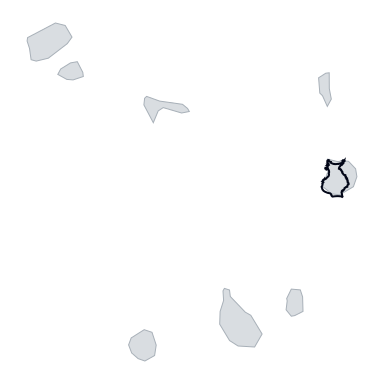 location of Santa Isabel, Boa Vista, Cabo Verde
{"feature_id": "66160863B6342114798882", "entity_name": "Santa Isabel", "entity_type": "district", "adm_level": 2, "iso_a3": "CPV", "parent_name": "Cabo Verde", "parent_adm1": "Boa Vista", "projection": "robinson", "projection_center": [-22.884, 16.099], "detail": "fine", "context": "in_parent", "style": "outline", "palette": "ink", "viewbox_px": 384, "rotation_deg": 0, "n_neighbors": 0, "source": "geoboundaries", "source_scale": "gbopen_adm2", "svg_char_len": 5835}
<svg xmlns="http://www.w3.org/2000/svg" viewBox="0 0 384 384"><path d="M262.1,334.0L254.6,347.0L238.1,346.0L229.6,340.6L219.7,324.2L220.1,311.5L223.6,300.5L223.0,290.9L224.4,288.4L229.5,290.0L230.3,296.5L245.3,312.2L250.8,315.3L262.1,334.0ZM48.3,58.2L36.2,61.1L31.1,59.7L29.5,48.4L27.1,41.0L27.6,37.6L55.4,23.0L65.2,25.5L72.0,37.1L67.3,43.6L48.3,58.2ZM327.6,159.1L338.0,161.7L341.9,160.8L348.5,161.3L355.6,168.8L356.9,176.7L353.4,186.7L339.7,194.8L331.8,193.9L322.5,186.4L327.8,171.7L327.6,159.1ZM154.6,355.5L144.9,361.0L138.1,358.6L131.7,353.0L128.6,344.9L131.2,337.9L144.2,329.7L152.0,332.3L156.2,345.1L154.6,355.5ZM182.5,104.3L187.6,108.5L189.3,111.5L181.6,113.0L163.2,107.6L158.2,110.9L153.3,122.7L143.9,104.9L144.6,98.3L146.6,96.4L159.7,101.1L182.5,104.3ZM294.7,315.6L291.3,316.2L286.1,309.8L287.2,300.9L286.7,298.5L291.3,289.1L300.3,289.9L302.6,296.9L303.0,311.4L294.7,315.6ZM83.3,76.5L73.1,79.9L66.8,79.4L57.8,74.4L60.7,69.0L70.5,62.9L77.3,61.7L82.8,72.4L83.3,76.5ZM331.3,99.1L327.3,106.4L322.5,95.7L319.8,93.1L318.6,77.8L325.8,73.2L329.2,72.8L329.3,88.7L331.3,99.1Z" fill="#d9dde1" stroke="#a8b0b8" stroke-width="1"/><path d="M344.3,161.1L344.4,160.8L344.6,160.8L344.6,160.7L344.4,160.6L344.1,160.8L344.2,160.4L343.8,160.8L343.7,160.8L343.6,160.7L343.7,160.2L343.2,160.2L343.2,160.4L343.1,160.6L343.3,160.8L343.1,160.9L342.8,160.9L342.8,161.1L343.0,161.2L343.0,161.4L343.0,161.5L342.9,161.5L343.0,161.6L342.9,161.7L342.9,162.0L342.7,162.1L342.5,162.3L342.2,162.7L342.0,162.8L341.7,163.0L341.1,163.2L340.6,163.4L340.3,163.3L340.1,163.5L339.3,163.7L339.1,163.7L338.9,163.8L338.6,163.8L338.3,164.0L337.5,163.9L336.1,164.1L335.3,164.1L335.2,164.1L334.9,164.0L334.7,164.1L333.3,163.9L332.7,163.6L332.1,163.4L331.6,163.2L331.3,163.0L331.0,162.8L330.7,162.5L330.7,162.4L330.8,162.0L330.7,162.0L330.7,161.9L330.4,161.8L330.2,161.9L329.9,161.7L329.2,161.1L328.8,161.0L328.7,160.9L328.6,160.7L328.8,160.3L328.7,160.0L328.1,160.1L327.6,160.3L327.4,160.6L327.3,161.4L327.3,161.5L327.5,161.4L327.6,161.5L327.7,162.1L327.6,162.5L327.4,162.8L327.4,163.0L327.5,163.2L327.7,163.4L328.1,163.5L328.4,163.7L328.6,164.1L328.4,164.5L328.2,164.5L327.9,164.7L328.0,164.7L327.9,164.7L328.0,164.8L327.9,164.8L328.0,164.8L327.9,164.8L328.0,164.8L327.9,164.9L327.7,165.1L327.8,165.1L327.9,165.3L328.0,165.4L328.0,165.5L327.9,165.6L327.9,165.9L327.7,166.0L327.6,165.9L327.6,166.2L327.6,166.4L327.6,166.6L327.5,166.9L327.4,167.0L327.2,167.3L326.9,167.2L326.8,167.3L326.7,167.5L327.1,167.5L327.3,167.9L327.5,167.9L327.6,168.0L327.7,167.9L327.8,168.0L327.9,168.4L328.0,168.7L328.1,169.2L328.5,169.7L328.9,170.5L329.1,171.3L329.1,172.0L329.1,172.6L328.7,173.7L328.8,174.0L329.0,174.4L329.0,174.8L328.7,175.9L328.6,176.0L328.4,176.3L328.0,176.7L327.9,176.7L327.1,177.5L326.6,178.0L326.3,178.5L325.7,178.9L325.3,179.1L325.1,179.0L325.0,178.9L324.8,179.0L324.7,178.8L324.6,179.0L324.4,179.2L324.2,179.2L324.0,179.3L323.9,179.4L323.9,179.5L323.7,179.5L323.6,179.8L323.4,179.9L323.4,180.0L323.3,180.3L323.1,180.3L323.1,180.5L322.9,180.6L322.8,180.9L322.7,180.9L322.7,181.0L322.7,181.5L322.8,181.5L322.9,181.8L323.0,182.0L322.9,182.0L323.0,182.1L323.0,182.4L322.9,182.9L322.5,183.1L322.3,183.5L322.3,183.8L322.5,184.3L322.4,184.9L322.1,186.1L321.6,186.8L321.7,187.0L321.8,187.5L322.1,188.0L322.1,188.4L322.2,188.5L322.3,189.1L322.5,189.6L322.9,189.9L323.3,190.6L323.8,191.0L324.9,191.7L327.0,192.6L327.8,192.9L329.0,193.1L330.4,193.5L330.8,193.9L331.1,194.3L331.1,194.6L331.2,194.9L331.3,194.9L331.5,195.0L331.7,195.4L331.7,195.9L332.1,196.2L332.2,196.4L332.7,196.6L333.7,196.4L335.8,196.2L337.8,196.1L339.0,196.2L340.7,196.3L341.1,196.4L341.7,196.7L341.8,196.8L342.2,196.9L342.4,197.0L342.9,197.4L342.7,197.1L342.6,196.8L342.4,196.5L342.2,196.2L342.2,195.3L342.1,195.0L341.9,193.9L341.8,193.2L341.7,192.7L341.5,192.3L341.6,192.0L341.8,191.6L342.0,191.5L341.9,191.0L342.0,190.8L342.3,190.5L342.5,190.4L342.8,190.5L342.8,190.3L343.1,190.0L343.4,190.1L343.6,190.0L343.6,189.9L344.1,189.6L344.4,188.9L344.4,188.3L344.6,188.2L344.8,187.9L345.2,187.6L345.5,187.6L345.8,187.1L346.1,187.1L346.6,186.9L347.3,186.8L347.3,186.4L347.4,186.0L347.3,185.9L347.3,185.6L347.4,185.3L348.0,184.6L348.3,184.4L348.5,184.4L348.7,184.1L348.6,183.5L348.5,183.2L348.2,182.9L348.2,182.7L347.8,182.6L347.8,182.2L347.5,181.9L347.5,181.6L347.5,181.4L347.6,181.2L347.8,181.0L347.8,180.9L347.6,180.7L347.4,180.7L347.3,180.4L347.3,180.0L347.4,179.9L347.4,179.6L347.2,179.5L347.0,179.4L346.8,179.4L346.6,179.2L346.6,178.8L346.7,178.6L347.0,178.7L347.1,178.3L346.8,178.1L346.3,178.1L346.3,177.9L346.2,177.7L345.7,177.5L345.7,177.1L345.8,177.0L345.7,176.9L345.7,176.7L345.9,176.5L345.8,176.3L345.3,176.1L345.3,175.1L345.0,175.1L344.8,175.0L344.6,175.1L344.4,175.1L344.2,174.9L343.8,174.7L343.7,174.7L343.4,174.4L343.3,174.2L343.2,173.9L342.8,173.4L342.6,173.3L342.4,173.1L342.3,172.8L342.2,172.6L342.4,172.3L342.3,172.1L342.4,171.9L342.3,171.7L342.0,171.7L341.9,171.3L341.7,171.2L341.4,170.8L341.5,170.8L341.5,170.7L341.4,170.5L341.3,170.2L341.2,170.2L341.1,169.8L340.8,169.5L340.7,169.5L340.7,169.4L340.5,169.1L340.3,169.1L340.2,169.1L339.9,168.9L339.9,169.0L339.7,169.0L339.4,169.0L339.1,168.6L338.9,168.6L338.9,168.4L339.1,167.7L339.4,167.0L339.6,166.9L339.8,166.5L340.1,166.3L340.2,165.9L340.4,165.7L340.7,165.5L340.9,165.1L341.1,165.1L341.3,165.0L341.8,164.5L342.0,164.7L342.5,164.1L342.9,163.7L343.0,163.4L343.4,163.2L343.4,162.9L343.4,162.4L343.7,162.0L344.0,161.5L344.3,161.1ZM325.6,167.8L325.4,167.8L325.3,168.3L325.5,168.3L325.6,168.5L325.8,168.5L325.8,168.8L326.0,169.2L326.1,169.3L326.2,169.2L326.3,169.3L326.4,169.2L326.4,169.3L326.5,169.3L326.7,169.5L326.9,169.4L327.0,169.3L326.9,169.2L327.1,169.1L326.9,169.0L326.8,168.8L326.7,168.6L326.6,168.4L326.3,168.4L326.2,168.3L326.2,168.2L325.9,168.0L325.8,167.9L325.7,167.9L325.6,167.8Z" fill="none" stroke="#020617" stroke-width="2"/></svg>